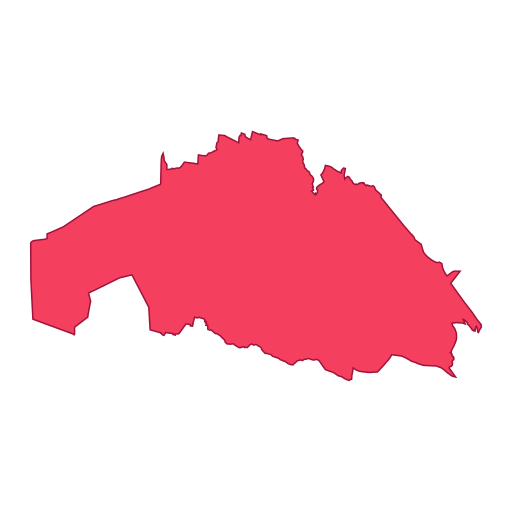 Texcoco, México, Mexico (Equal Earth projection)
{"feature_id": "50627088B50126405105256", "entity_name": "Texcoco", "entity_type": "district", "adm_level": 2, "iso_a3": "MEX", "parent_name": "Mexico", "parent_adm1": "México", "projection": "equal_earth", "projection_center": [-98.834, 19.476], "detail": "fine", "context": "isolated", "style": "filled", "palette": "rose", "viewbox_px": 512, "rotation_deg": 0, "n_neighbors": 0, "source": "geoboundaries", "source_scale": "gbopen_adm2", "svg_char_len": 6080}
<svg xmlns="http://www.w3.org/2000/svg" viewBox="0 0 512 512"><path d="M47.1,233.8L47.1,238.4L45.3,239.2L33.7,240.6L32.6,241.1L31.9,241.6L30.7,242.9L30.9,279.9L32.9,319.2L73.9,334.3L74.0,334.7L74.4,334.7L74.6,333.3L74.6,332.6L74.5,328.7L74.7,327.1L87.0,317.7L87.5,317.6L87.9,316.6L87.9,315.7L88.7,311.2L90.5,301.7L90.7,301.3L88.5,293.1L119.7,277.8L132.0,274.9L148.8,307.3L150.1,329.8L160.8,332.8L160.7,333.2L161.4,333.4L162.2,334.7L164.0,335.4L165.7,332.5L167.5,332.9L171.9,333.4L173.0,333.6L172.9,334.5L175.2,335.1L175.4,333.9L177.7,334.0L179.1,333.5L186.1,323.8L190.4,324.6L190.3,325.9L192.5,326.2L193.1,323.9L192.8,323.8L194.7,317.2L197.5,318.0L198.7,317.3L204.5,319.1L204.7,320.2L205.1,320.4L204.7,321.5L205.9,321.6L205.5,322.8L206.6,322.9L205.9,325.3L207.8,325.5L207.7,328.3L207.9,328.7L207.9,329.4L209.7,330.1L210.9,329.9L212.9,331.4L214.0,332.5L215.8,333.7L216.7,333.6L220.4,335.8L221.0,336.7L224.3,339.7L225.1,341.2L225.1,342.0L227.0,343.9L230.8,344.2L231.8,343.9L233.7,343.9L234.6,344.9L237.8,346.9L239.7,347.8L240.9,347.6L242.0,346.9L242.3,347.1L242.7,346.7L243.6,347.0L244.2,346.8L244.6,347.5L244.8,347.4L247.4,347.5L247.6,347.3L249.6,345.1L251.0,344.1L252.0,344.1L253.5,345.1L254.9,344.9L255.9,344.4L256.8,344.8L257.6,345.6L260.7,347.1L261.2,347.8L261.7,349.6L265.0,353.3L267.6,353.6L270.8,354.6L272.6,356.3L277.2,357.8L279.1,358.6L280.2,359.7L281.6,360.2L282.1,360.2L283.7,361.2L284.8,361.2L287.9,363.5L290.9,364.7L293.2,364.8L293.3,364.2L293.7,364.0L295.6,362.5L296.9,361.1L299.4,360.2L300.6,360.0L302.2,360.5L302.6,360.5L304.3,359.3L306.6,359.1L308.4,358.5L309.4,358.7L310.8,359.3L313.1,360.0L314.3,360.0L316.0,359.5L317.5,359.6L319.4,361.1L324.8,368.9L325.8,369.8L327.3,370.3L330.5,371.6L331.8,371.8L334.4,373.1L338.3,375.8L342.0,376.8L342.7,377.4L344.8,378.7L347.1,379.8L349.2,380.4L350.5,379.4L351.6,379.3L352.0,374.6L352.6,371.9L353.1,367.9L354.5,368.9L356.8,370.3L359.6,371.3L361.9,371.7L369.8,372.5L374.3,372.1L377.3,372.0L378.7,370.7L384.4,364.5L385.9,362.5L388.2,360.1L389.9,357.9L391.8,354.7L401.4,356.0L405.7,357.8L408.2,359.3L409.4,359.9L410.3,360.6L412.3,361.5L414.9,362.3L417.9,363.6L423.5,365.4L436.4,366.0L441.6,368.0L444.3,370.0L446.5,372.0L450.7,375.2L451.9,375.9L452.7,376.3L455.6,377.0L449.1,367.9L449.4,367.1L449.8,366.7L450.9,366.6L451.4,366.2L452.3,365.2L452.5,364.0L452.3,361.0L452.6,360.5L452.8,360.2L453.7,359.8L454.0,358.1L453.4,357.7L453.5,356.9L453.1,356.3L452.3,356.2L452.1,355.8L452.0,354.1L451.7,354.1L451.4,353.8L451.0,353.1L450.3,352.7L450.8,352.2L451.3,352.1L451.4,350.6L451.8,349.9L454.2,345.2L456.0,340.8L456.5,338.6L456.5,334.3L456.2,332.6L454.6,328.3L453.5,326.8L452.6,325.7L452.1,323.2L456.9,322.5L458.2,322.9L461.2,322.8L462.9,323.2L465.2,324.0L464.3,321.8L463.1,319.3L463.5,319.3L465.1,320.5L467.1,322.6L467.6,324.2L469.1,325.6L471.0,328.0L472.1,329.8L473.8,330.9L474.1,330.0L475.1,330.9L475.2,330.3L475.1,329.5L475.8,327.6L475.9,327.0L476.4,326.3L476.8,326.9L477.1,328.0L477.8,331.9L478.2,332.6L478.5,332.6L479.2,330.6L480.1,329.1L480.7,328.3L481.3,327.1L481.3,326.6L481.0,325.5L481.1,324.5L476.9,319.3L471.9,312.0L464.6,302.6L450.7,283.3L460.1,271.2L455.0,271.1L452.8,271.6L447.0,275.9L445.5,273.9L443.8,270.9L443.3,269.7L442.6,267.7L441.8,263.5L439.1,262.1L437.8,262.6L436.5,262.5L433.1,260.9L430.8,259.4L427.7,257.0L426.3,255.6L424.9,254.1L423.5,252.2L421.1,244.2L415.0,239.8L414.0,237.2L411.4,234.0L412.2,235.4L403.7,225.5L380.9,197.3L381.4,195.1L375.6,189.9L374.3,186.7L373.2,185.8L370.8,186.3L367.2,185.0L366.4,185.6L366.3,185.3L365.0,184.8L364.2,183.4L364.0,183.6L363.6,182.8L362.9,183.2L362.4,182.6L359.4,183.1L359.3,183.5L358.6,183.6L358.4,184.0L357.1,184.6L356.3,184.1L356.2,184.3L355.5,184.5L355.2,184.3L354.7,184.3L353.1,183.3L352.9,183.1L353.0,182.8L351.8,180.7L351.6,180.6L350.2,179.1L349.5,177.5L348.3,176.6L347.7,176.4L346.9,177.1L346.6,177.5L345.5,177.9L344.9,179.0L344.1,175.4L345.4,168.5L343.6,168.0L341.4,170.3L341.1,173.0L339.5,172.1L339.4,172.2L336.9,171.0L335.2,169.8L333.4,168.8L332.1,167.5L329.7,166.4L327.7,165.8L326.1,165.7L325.4,165.4L324.7,168.6L322.3,173.5L320.9,174.9L324.0,181.7L322.4,183.3L319.3,185.1L316.9,187.2L316.6,188.4L316.7,189.4L317.7,190.6L317.4,192.3L316.5,194.1L315.6,193.2L315.0,194.7L313.9,193.5L311.5,191.1L313.6,190.0L312.5,187.5L313.4,187.0L313.1,186.6L312.3,183.9L312.7,182.6L313.3,181.6L313.6,179.1L313.2,178.0L311.8,175.9L311.3,175.5L310.6,175.2L310.4,174.9L310.1,174.3L309.8,173.3L309.1,171.8L308.3,171.2L307.6,171.1L306.1,169.0L305.1,168.4L304.9,168.2L304.8,167.5L304.4,166.9L304.4,165.5L304.2,165.0L303.6,163.6L303.0,162.8L302.8,162.2L302.9,161.5L302.8,160.6L303.3,159.4L302.8,157.0L302.1,155.8L301.4,155.1L301.4,154.7L301.6,154.4L301.7,153.4L301.9,153.1L302.3,153.0L302.5,152.8L302.8,151.1L301.2,149.4L299.0,146.4L297.3,143.3L298.1,140.0L295.9,139.4L295.5,139.4L295.0,139.0L294.8,138.7L294.8,138.3L293.5,138.1L293.4,137.9L283.4,138.6L282.7,138.7L279.0,140.4L276.8,141.0L276.7,140.7L269.5,139.3L267.3,138.6L266.6,135.6L260.8,133.9L260.8,134.7L259.9,134.5L252.5,131.6L250.6,139.7L248.1,138.4L245.6,136.9L244.8,135.0L244.8,134.6L244.9,134.3L241.4,133.0L240.9,135.6L240.1,135.4L239.0,137.3L238.7,142.8L225.3,136.0L225.3,135.8L224.9,135.5L221.4,135.3L219.0,134.9L218.8,135.1L218.3,139.1L218.3,141.4L216.8,143.0L216.0,147.7L216.9,149.1L216.7,149.9L215.8,150.5L215.2,150.7L214.5,150.7L213.9,151.2L212.6,151.9L212.5,152.1L209.8,153.1L208.7,153.1L208.4,153.3L207.4,154.8L206.3,155.6L205.6,155.9L204.3,155.6L202.4,155.6L198.4,154.9L197.8,163.9L193.3,163.3L193.1,163.1L192.5,163.2L184.5,162.1L184.3,162.2L181.8,165.9L181.3,166.2L180.2,167.6L179.0,168.1L177.4,168.0L175.9,168.2L173.8,169.0L173.1,168.5L172.0,168.3L171.6,168.5L171.1,169.2L166.9,169.5L166.7,169.2L166.9,166.0L166.8,164.4L166.5,163.9L165.3,162.4L164.1,160.1L164.1,158.3L163.8,156.7L163.1,153.3L161.8,156.0L161.8,156.5L161.6,156.7L161.7,157.3L161.4,158.0L161.1,164.4L160.7,183.2L160.5,184.1L160.4,184.3L151.0,188.1L149.9,188.8L141.9,191.3L124.2,197.2L118.1,199.0L117.3,199.5L116.3,199.8L115.8,199.8L112.4,200.6L93.5,206.5L63.2,226.9L49.7,232.8L47.1,233.8Z" fill="#f43f5e" stroke="#9f1239" stroke-width="1.5"/></svg>